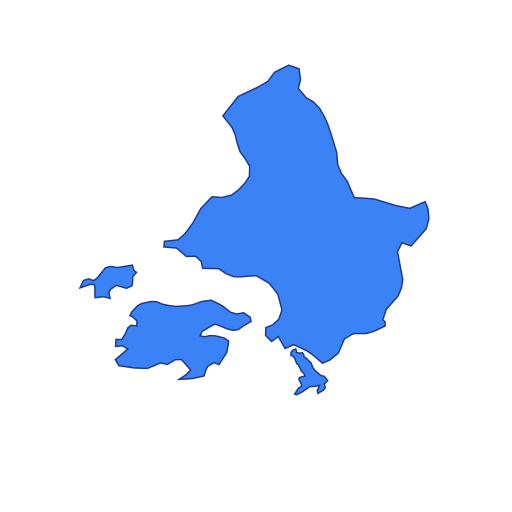 the district of Langkawi, Kedah, Malaysia, rotated 60°
{"feature_id": "92858781B39946702986092", "entity_name": "Langkawi", "entity_type": "district", "adm_level": 2, "iso_a3": "MYS", "parent_name": "Malaysia", "parent_adm1": "Kedah", "projection": "robinson", "projection_center": [99.815, 6.325], "detail": "fine", "context": "isolated", "style": "filled", "palette": "blue", "viewbox_px": 512, "rotation_deg": 60, "n_neighbors": 0, "source": "geoboundaries", "source_scale": "gbopen_adm2", "svg_char_len": 3000}
<svg xmlns="http://www.w3.org/2000/svg" viewBox="0 0 512 512"><g transform="rotate(60 256 256)"><path d="M349.8,140.7L323.0,131.3L317.5,123.0L324.9,116.7L317.5,94.9L310.1,87.6L300.9,83.4L293.5,82.4L291.6,99.0L282.4,109.5L265.8,125.1L259.3,134.4L254.7,141.7L245.5,140.7L237.2,139.6L227.0,140.7L217.8,139.6L206.7,134.4L189.2,130.3L179.0,128.2L169.8,127.1L159.7,127.1L151.4,129.2L144.0,133.4L132.0,135.5L125.5,129.2L115.4,125.1L107.1,132.3L106.1,148.0L110.7,158.4L110.7,169.8L108.9,191.7L118.1,214.6L132.9,212.5L141.2,213.5L147.7,215.6L157.8,217.7L166.1,216.7L175.3,216.7L183.7,221.9L187.3,229.1L190.1,238.5L191.0,246.8L188.3,256.2L182.7,264.5L187.3,280.1L195.6,293.7L201.2,306.2L203.0,315.5L197.5,328.0L202.1,331.2L209.5,320.7L221.5,316.6L226.1,308.3L233.5,306.2L240.0,308.3L248.3,294.7L256.6,290.6L263.0,285.3L266.7,279.1L269.5,272.9L273.2,265.6L280.6,261.4L286.1,258.3L292.6,257.2L300.0,256.2L315.6,260.4L322.1,267.7L324.0,276.0L323.0,283.3L329.5,287.4L337.8,285.3L336.9,277.0L350.7,277.0L351.6,267.7L363.6,259.3L370.1,256.2L382.1,252.0L383.0,243.7L381.2,233.3L372.0,220.8L371.9,210.4L378.4,199.0L380.3,190.6L381.2,179.2L377.5,177.1L374.7,178.1L367.3,169.8L361.8,153.2L356.3,145.9L349.8,140.7ZM294.3,340.3L294.3,333.0L294.3,325.7L299.0,321.7L304.3,317.7L309.0,313.0L310.8,308.3L310.2,301.0L310.2,293.0L306.1,291.7L299.0,295.0L296.6,301.7L291.9,306.3L283.0,309.7L277.7,313.0L271.8,317.0L268.3,325.7L266.5,335.7L264.1,341.6L259.4,351.0L254.7,357.0L251.1,361.0L245.8,365.0L242.9,369.6L239.9,379.0L239.9,383.6L242.3,391.6L244.6,395.0L247.6,393.0L252.9,391.6L257.0,394.3L253.5,398.9L254.1,402.9L258.2,408.3L261.2,414.3L258.2,418.9L264.1,422.9L267.1,416.3L272.4,413.6L274.2,422.9L275.4,429.6L282.5,429.6L286.6,424.3L291.9,417.6L294.9,412.9L299.0,406.3L300.2,397.6L300.8,392.3L305.5,387.0L305.5,377.6L308.4,372.3L314.9,371.0L322.0,369.6L323.8,375.6L324.4,384.3L326.8,379.6L330.3,372.3L333.9,361.0L329.7,356.3L327.4,353.0L327.4,345.6L331.5,342.3L325.0,329.7L319.7,325.0L316.1,322.3L311.4,324.3L304.9,331.0L301.9,335.7L300.2,341.0L297.2,344.3L294.3,340.3ZM210.4,367.6L207.4,369.0L202.1,367.6L196.8,381.6L192.1,387.6L190.9,392.3L195.6,404.3L196.2,408.9L192.1,412.3L190.9,417.6L195.6,424.3L198.0,412.3L200.9,410.3L205.6,412.9L211.6,416.3L215.1,408.3L219.8,403.6L213.9,401.6L212.1,398.3L211.6,391.6L215.7,387.6L219.2,384.3L219.8,378.3L217.5,376.3L212.2,373.0L210.4,367.6ZM404.7,261.8L401.0,260.9L399.8,256.2L394.2,257.1L391.9,259.6L384.3,262.2L380.8,262.6L376.5,261.8L374.3,262.4L372.4,262.9L370.2,263.5L366.8,264.8L365.4,264.0L362.9,264.3L362.0,266.7L359.8,269.2L358.3,268.4L356.4,268.1L355.9,271.1L356.9,273.8L359.6,275.5L360.0,274.6L363.4,273.6L367.1,274.1L369.7,274.6L370.9,273.8L374.8,273.8L377.9,274.4L381.6,273.3L384.5,273.3L383.5,276.8L383.0,279.3L384.5,280.6L386.4,280.6L390.0,280.9L391.7,281.7L391.7,285.3L394.9,291.6L396.4,290.3L396.8,283.9L396.4,278.4L396.0,275.0L398.3,270.3L399.8,265.6L403.2,270.3L405.9,271.1L405.9,264.7L404.7,261.8Z" fill="#3b82f6" stroke="#1e3a8a" stroke-width="1.5"/></g></svg>